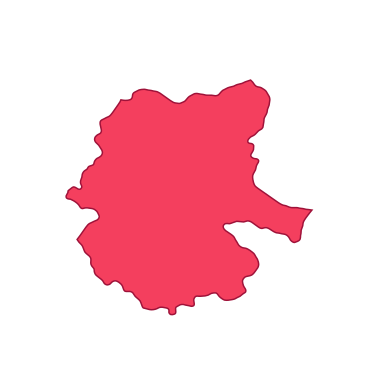 Sabana Grande de Boyá, Monte Plata, Dominican Republic, rotated 305°
{"feature_id": "3306468B74800067614401", "entity_name": "Sabana Grande de Boyá", "entity_type": "district", "adm_level": 2, "iso_a3": "DOM", "parent_name": "Dominican Republic", "parent_adm1": "Monte Plata", "projection": "robinson", "projection_center": [-69.796, 18.975], "detail": "fine", "context": "isolated", "style": "filled", "palette": "rose", "viewbox_px": 384, "rotation_deg": 305, "n_neighbors": 0, "source": "geoboundaries", "source_scale": "gbopen_adm2", "svg_char_len": 5972}
<svg xmlns="http://www.w3.org/2000/svg" viewBox="0 0 384 384"><g transform="rotate(305 192 192)"><path d="M87.2,125.1L86.1,128.1L85.4,131.7L85.0,132.9L84.1,134.5L82.0,137.6L81.4,138.7L81.0,140.5L80.6,144.8L80.2,146.0L80.0,146.5L79.3,147.4L78.5,148.1L75.8,149.8L74.7,150.9L73.9,152.4L73.0,155.5L72.4,156.3L70.9,157.5L70.2,158.3L69.3,159.7L68.9,160.9L68.7,162.7L68.4,167.9L68.1,169.7L66.8,172.6L66.7,173.8L66.9,175.0L67.4,176.0L68.6,177.1L69.5,177.6L72.7,178.2L73.7,178.7L74.6,179.4L75.3,180.2L75.8,181.4L76.0,182.6L76.1,183.9L75.9,186.4L75.4,188.2L74.8,189.3L72.8,192.1L72.4,193.1L72.3,193.7L72.4,194.2L72.8,195.2L74.8,198.0L75.3,199.1L75.5,200.3L75.4,201.5L74.0,205.1L73.8,206.3L73.4,210.1L73.0,211.9L72.1,213.5L70.0,216.5L69.4,217.5L69.1,218.6L71.3,224.5L72.2,226.2L73.4,227.7L74.7,229.0L76.2,230.1L78.6,231.4L79.8,232.6L80.7,234.0L82.3,237.5L82.6,238.5L82.7,239.1L82.5,240.1L82.0,240.9L80.2,242.1L79.7,242.8L79.5,243.3L79.4,243.8L79.4,244.4L79.5,245.0L80.4,246.4L81.7,247.5L82.7,248.0L83.2,248.0L83.7,247.9L84.6,247.4L87.1,245.4L88.0,245.0L88.5,245.0L89.4,245.3L92.7,246.9L93.9,248.0L94.9,249.4L95.7,251.6L97.1,254.7L97.7,256.3L98.2,257.3L98.9,258.0L99.7,258.5L100.2,258.6L101.2,258.3L102.0,257.7L104.1,255.7L105.0,255.1L105.6,254.9L106.6,254.7L107.7,254.7L108.7,255.0L109.1,255.3L109.8,256.1L110.6,257.5L111.6,258.9L114.4,262.3L116.7,264.3L119.3,265.6L120.3,266.2L121.6,267.5L122.7,268.9L123.1,269.9L123.1,271.0L122.3,273.4L122.0,274.5L121.8,276.3L121.8,278.2L121.9,279.5L122.2,280.8L122.5,281.3L123.1,282.4L124.3,283.9L126.9,286.6L128.2,287.8L129.2,288.5L131.3,289.5L134.1,291.1L137.9,292.2L140.1,293.1L141.0,293.2L141.5,293.0L142.3,292.5L142.9,291.8L143.4,290.8L144.3,288.7L144.9,287.7L146.1,286.2L147.0,285.3L147.9,284.5L148.5,284.2L149.6,283.9L151.3,283.9L153.0,284.3L154.0,285.0L156.7,287.5L158.2,288.5L159.3,288.9L161.1,289.2L163.4,289.3L167.6,289.3L168.8,289.1L169.9,288.7L171.0,288.1L171.9,287.3L172.8,286.4L173.9,284.9L174.6,283.8L175.5,281.6L176.7,279.1L177.1,277.9L177.3,276.0L177.4,272.8L177.2,270.2L176.8,268.4L175.6,265.9L175.2,264.7L175.0,262.9L175.2,261.0L175.6,259.9L176.8,257.4L177.7,255.2L179.0,252.7L179.4,251.6L179.6,250.3L179.7,248.4L179.6,241.9L179.8,240.6L180.1,239.4L180.6,238.4L181.3,237.6L182.3,237.0L183.4,236.9L184.5,237.1L185.4,237.7L186.4,238.9L187.4,240.7L188.1,241.4L193.5,245.3L194.1,246.2L197.0,251.3L197.7,252.0L199.7,253.6L200.4,254.4L200.9,255.4L201.3,256.7L201.5,258.0L201.5,260.0L201.4,266.1L201.5,268.1L201.8,269.2L202.3,270.2L204.5,272.1L205.2,273.0L205.7,273.9L206.0,275.1L206.2,276.3L206.4,281.5L206.7,283.4L207.0,284.5L208.3,287.0L209.2,289.3L210.4,291.8L210.8,292.9L211.0,294.8L210.7,296.6L210.3,297.7L209.1,300.2L208.8,301.9L208.9,303.7L209.3,304.7L209.7,305.1L211.7,306.5L213.1,307.3L214.2,307.6L215.3,307.6L216.8,307.0L218.6,305.9L220.6,305.0L223.4,303.3L227.8,302.1L230.1,300.9L231.2,300.5L233.0,300.2L236.1,300.1L241.8,300.3L246.0,300.6L244.6,297.8L243.2,295.3L242.1,292.5L240.5,289.5L239.6,287.3L238.9,286.2L236.7,283.1L236.1,282.1L235.4,280.3L234.6,276.8L233.5,274.2L233.2,273.0L232.9,270.9L232.8,268.8L232.8,243.9L232.9,241.8L233.1,240.4L233.3,239.8L233.9,238.6L235.0,237.0L237.2,234.6L238.7,233.3L240.3,232.3L242.1,231.8L246.5,231.3L247.6,230.9L250.0,229.9L251.7,229.5L254.3,229.3L255.2,229.0L255.7,228.8L256.0,228.4L256.3,227.9L256.4,226.9L256.2,225.9L255.1,223.8L254.8,222.7L254.7,221.0L255.0,219.9L255.3,219.5L255.8,219.1L256.7,218.7L260.5,218.4L262.1,218.0L264.7,216.4L265.5,215.8L265.9,214.9L266.0,213.9L265.8,213.0L264.8,211.0L264.7,210.0L264.8,209.5L265.1,209.0L265.9,208.3L266.8,208.1L267.9,208.0L270.1,208.3L271.2,208.7L273.6,210.0L274.6,210.4L275.7,210.7L279.8,211.3L280.8,211.6L283.6,212.9L285.3,213.0L285.8,212.9L290.6,210.6L293.4,209.0L295.1,208.6L298.5,208.2L300.2,207.8L303.1,206.4L307.4,205.3L311.8,203.1L312.7,202.5L313.9,201.3L314.5,200.4L316.9,195.2L317.2,194.0L317.3,192.7L317.2,190.1L317.1,188.9L316.8,187.7L315.7,185.2L315.4,183.5L315.7,181.8L316.8,178.7L317.3,175.8L312.7,172.4L309.7,170.7L306.0,167.5L305.0,166.8L302.5,165.4L299.3,162.6L297.8,161.5L292.9,158.9L291.2,158.5L287.3,158.1L286.2,157.7L285.3,157.1L284.2,155.9L282.6,152.7L279.4,148.0L278.3,145.2L277.0,142.7L275.8,140.0L275.2,139.0L274.1,137.8L273.2,137.2L268.8,135.0L267.1,134.6L263.1,134.2L262.0,133.9L261.0,133.4L258.3,131.7L257.5,131.1L256.9,130.2L255.4,127.3L255.0,126.3L254.7,125.0L254.5,121.7L254.6,109.4L254.4,107.5L254.2,106.2L253.8,105.0L252.6,102.5L251.7,100.2L250.4,97.7L249.3,95.0L248.7,93.9L246.9,91.7L245.2,90.1L240.9,87.8L239.9,87.4L238.8,87.3L237.8,87.5L235.6,88.6L234.6,88.9L233.5,88.9L233.0,88.8L232.0,88.3L230.3,86.8L228.9,85.0L227.9,83.4L226.7,80.9L224.8,81.3L221.7,81.4L211.4,81.4L208.3,81.2L207.0,80.9L206.0,80.5L203.7,79.1L201.7,78.1L199.4,76.8L198.4,76.5L197.9,76.4L196.7,76.6L195.7,77.2L194.7,78.0L190.8,82.2L189.8,82.9L189.2,83.1L188.1,83.3L187.1,83.1L184.4,81.7L182.7,81.3L181.6,81.2L180.5,81.4L180.0,81.6L179.0,82.2L178.3,83.0L177.7,84.0L177.4,85.2L176.8,88.8L174.6,94.1L173.6,95.4L172.8,96.1L171.7,96.6L170.6,96.8L169.5,96.8L168.4,96.5L167.3,96.1L165.0,94.9L163.4,94.5L161.7,94.5L160.7,94.7L158.5,95.5L157.5,95.4L156.6,94.9L154.5,93.3L153.6,92.8L152.8,92.7L150.8,92.9L150.0,92.7L147.7,91.8L146.6,91.6L145.4,91.6L143.7,91.9L140.9,93.3L137.6,94.2L136.6,94.7L135.7,95.3L135.0,96.0L133.7,98.1L133.3,98.5L132.5,99.0L131.5,99.1L131.0,99.1L130.1,98.7L129.4,97.9L129.1,96.9L128.9,94.2L128.7,93.1L128.3,92.2L127.9,91.8L127.0,91.3L122.4,89.9L121.6,89.9L120.6,90.6L116.8,91.1L115.9,91.6L115.5,92.0L115.2,92.5L115.1,93.0L115.2,94.1L115.5,94.9L116.4,96.6L116.9,99.9L117.0,102.1L116.9,104.2L116.7,105.5L116.4,106.8L115.6,108.7L115.3,109.6L115.2,110.7L115.5,111.6L115.8,112.0L117.6,113.5L118.9,115.2L121.2,119.8L121.6,121.0L121.8,122.3L121.7,124.2L121.5,125.4L120.8,126.9L119.5,129.2L118.8,130.0L118.4,130.3L117.4,130.6L116.3,130.7L115.2,130.5L114.2,130.1L112.0,128.7L110.0,127.6L107.6,126.2L106.6,125.8L105.3,125.5L102.2,125.3L92.4,125.3L87.2,125.1Z" fill="#f43f5e" stroke="#9f1239" stroke-width="1.5"/></g></svg>